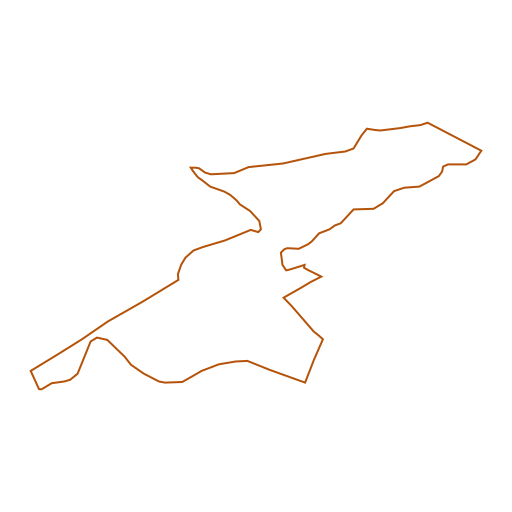 outline of Palmiste, Soufrière, Saint Lucia
{"feature_id": "8701671B68903094038939", "entity_name": "Palmiste", "entity_type": "district", "adm_level": 2, "iso_a3": "LCA", "parent_name": "Saint Lucia", "parent_adm1": "Soufrière", "projection": "mercator", "projection_center": [-61.056, 13.859], "detail": "fine", "context": "isolated", "style": "outline", "palette": "amber", "viewbox_px": 512, "rotation_deg": 0, "n_neighbors": 0, "source": "geoboundaries", "source_scale": "gbopen_adm2", "svg_char_len": 1614}
<svg xmlns="http://www.w3.org/2000/svg" viewBox="0 0 512 512"><path d="M39.0,389.1L41.5,389.3L51.7,383.2L64.1,381.5L70.1,379.8L77.6,373.7L84.1,357.6L90.6,341.5L97.0,337.6L107.3,339.9L117.5,349.8L124.5,356.5L131.0,364.8L143.9,373.7L159.0,381.5L165.0,382.6L182.2,382.0L193.0,375.9L201.6,370.9L218.9,364.3L235.6,361.5L247.4,360.9L269.5,369.8L305.1,382.6L311.4,366.4L313.7,360.4L322.9,339.3L321.5,338.0L318.6,335.4L313.7,331.5L300.2,315.9L291.6,306.0L283.6,297.7L288.8,294.7L300.3,288.2L302.2,287.1L310.5,282.1L321.3,276.6L307.8,269.9L304.0,267.7L304.6,264.9L295.4,267.8L292.2,268.8L287.6,270.1L286.1,270.3L282.5,264.9L281.9,260.2L280.9,252.7L284.1,249.4L285.3,248.9L287.3,248.2L293.6,248.5L298.7,248.8L307.8,244.4L311.6,241.6L319.1,233.3L329.4,229.4L334.8,225.5L336.6,224.8L340.7,223.3L349.6,213.7L353.6,209.4L357.7,209.3L373.6,208.8L379.7,205.1L382.8,203.3L385.7,200.1L394.1,191.1L401.0,188.8L404.3,187.7L419.4,186.6L430.7,180.5L438.8,176.1L442.1,171.6L443.1,166.6L448.0,164.4L458.8,164.4L466.3,164.4L475.5,159.4L481.3,150.7L427.6,122.7L420.4,125.1L410.0,126.3L400.1,128.1L380.3,130.5L374.4,129.9L366.9,128.7L361.6,135.3L353.5,148.5L345.3,151.5L325.5,153.9L283.0,163.5L248.6,167.1L234.1,173.1L210.8,174.3L204.9,172.5L199.1,168.3L195.6,167.7L190.8,167.7L193.0,171.1L197.8,177.2L203.2,181.1L210.2,186.6L224.3,191.6L230.2,194.9L236.7,200.5L239.9,204.4L250.1,211.0L259.3,221.0L260.9,229.4L258.2,232.1L250.7,229.9L224.8,240.5L202.7,247.1L193.5,250.5L185.4,257.7L181.1,264.9L177.9,274.3L178.4,279.9L142.9,301.5L107.8,321.5L81.9,339.3L56.1,355.4L30.7,370.9L39.0,389.1Z" fill="none" stroke="#b45309" stroke-width="2"/></svg>